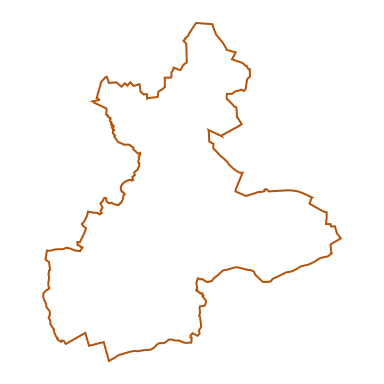 Īvandes pag., Kuldigas, Latvia (orthographic projection)
{"feature_id": "27541924B58037297238145", "entity_name": "Īvandes pag.", "entity_type": "district", "adm_level": 2, "iso_a3": "LVA", "parent_name": "Latvia", "parent_adm1": "Kuldigas", "projection": "orthographic", "projection_center": [21.775, 56.978], "detail": "fine", "context": "isolated", "style": "outline", "palette": "amber", "viewbox_px": 384, "rotation_deg": 0, "n_neighbors": 0, "source": "geoboundaries", "source_scale": "gbopen_adm2", "svg_char_len": 5931}
<svg xmlns="http://www.w3.org/2000/svg" viewBox="0 0 384 384"><path d="M49.8,250.8L47.0,250.5L45.5,259.5L48.3,261.7L49.0,262.0L49.9,268.4L50.3,269.6L49.0,270.6L48.5,275.3L49.2,276.8L48.5,282.0L48.3,282.7L48.5,286.5L49.4,288.1L48.9,288.9L46.6,290.1L45.2,291.3L43.6,293.2L43.3,294.5L43.2,297.1L44.3,300.1L46.1,304.0L46.3,306.1L46.5,306.8L47.0,307.9L49.3,310.6L49.9,312.3L50.0,312.8L49.7,314.2L49.9,314.8L49.9,315.2L49.7,315.7L48.9,316.5L48.7,317.8L48.8,318.4L49.5,319.0L49.9,319.5L50.4,321.9L50.2,323.4L50.3,323.8L51.4,325.9L54.1,329.5L53.6,330.0L53.8,330.9L54.0,331.1L54.3,332.4L56.0,336.4L56.6,337.4L57.5,337.8L57.7,338.1L57.6,338.6L57.3,339.0L57.6,339.6L60.1,341.0L61.1,341.9L61.9,340.5L64.1,341.1L64.4,341.9L65.7,344.0L85.3,332.9L89.0,345.8L103.7,342.1L109.0,361.0L115.4,357.3L118.3,355.3L128.7,352.1L133.9,350.9L137.8,351.2L144.4,350.1L149.8,349.8L150.7,349.6L152.4,348.7L154.0,347.6L154.8,346.9L156.7,344.7L158.7,343.5L159.8,343.1L163.9,343.1L166.4,341.7L168.2,340.1L169.4,339.5L171.9,339.6L175.4,340.6L178.9,340.5L182.4,342.0L185.1,342.9L187.3,342.9L189.7,342.5L191.1,342.7L191.6,341.0L191.4,339.6L191.7,337.8L191.5,337.5L190.9,337.6L190.5,337.5L190.5,335.8L190.5,335.5L191.1,334.7L192.0,334.0L192.5,333.2L197.7,335.8L199.7,333.4L198.9,330.8L201.3,326.5L201.1,325.8L200.1,317.3L199.1,315.6L200.1,313.0L199.6,307.9L199.8,306.5L204.6,305.7L205.9,302.7L205.9,300.8L205.4,299.9L202.5,296.3L203.4,295.5L203.1,295.1L202.5,294.6L202.4,294.3L201.8,294.0L201.7,293.8L201.9,293.5L200.9,293.6L200.5,293.0L199.9,293.2L199.6,292.7L199.0,292.2L198.5,292.0L198.3,291.6L197.9,291.6L197.2,290.8L196.8,290.8L196.7,290.3L196.3,290.3L196.4,289.6L197.2,289.4L196.4,282.4L197.8,278.3L198.7,278.5L199.5,279.2L200.8,279.3L201.0,279.1L201.6,279.3L201.9,279.1L202.6,279.1L202.8,279.3L202.8,279.5L203.6,279.7L203.7,280.0L204.4,280.3L204.4,280.6L204.8,280.9L207.3,282.1L211.7,281.0L212.7,279.8L213.6,278.4L217.7,275.3L222.9,270.5L227.4,269.6L233.5,267.8L236.1,267.3L237.1,267.2L248.2,270.0L249.4,270.1L249.7,269.9L253.3,271.1L254.3,272.4L255.1,274.6L262.8,281.9L267.3,282.0L268.9,281.6L269.9,281.8L270.7,281.3L272.2,279.5L273.3,278.5L277.7,276.6L286.2,272.3L289.6,271.9L293.9,270.5L297.1,268.7L300.5,266.5L304.3,265.5L307.6,264.9L310.7,263.6L315.6,261.1L318.7,258.9L319.9,258.3L323.2,257.3L327.9,256.4L331.8,253.3L331.3,252.9L330.5,244.4L340.8,238.4L338.0,234.6L337.1,233.8L334.9,226.3L331.1,226.5L330.9,226.3L330.5,224.1L326.0,224.0L326.7,217.1L326.6,212.1L324.6,211.8L322.4,211.0L309.5,203.7L311.5,198.0L312.3,197.6L304.3,193.8L300.9,192.4L297.5,191.3L295.1,190.9L290.7,190.4L287.6,190.3L268.9,191.4L266.1,189.0L264.4,189.9L264.7,190.9L262.5,191.8L257.7,192.1L256.0,192.9L245.9,196.0L235.5,191.4L235.5,190.7L236.0,188.7L237.8,184.4L242.5,172.8L241.4,173.0L238.8,172.3L236.4,170.9L233.8,169.0L230.4,166.0L228.7,164.3L228.1,162.9L225.5,160.2L223.1,157.9L221.7,157.0L220.0,155.5L217.5,152.6L213.2,148.2L213.5,143.8L209.3,141.7L209.1,138.4L208.8,130.9L208.5,130.0L221.7,136.2L221.5,135.9L222.1,135.2L237.5,126.8L241.7,124.2L237.6,117.6L236.9,117.1L236.7,110.5L236.2,107.1L234.3,106.6L233.0,104.9L228.1,100.0L227.0,99.2L226.6,97.4L226.9,93.9L231.8,93.9L235.1,91.5L240.7,90.0L241.3,89.6L241.6,89.9L243.8,91.0L245.5,89.4L247.0,80.1L247.8,78.3L249.5,77.0L250.0,76.4L249.8,71.1L249.7,71.0L249.8,70.9L249.9,69.3L248.1,68.7L246.7,65.8L245.5,65.7L242.6,63.0L232.0,59.3L235.7,52.4L226.6,49.9L225.6,47.4L222.5,42.3L217.8,36.7L216.1,34.6L213.4,27.6L212.4,24.2L196.1,23.0L194.7,24.9L188.8,34.0L188.4,35.6L185.7,37.9L185.2,38.6L185.4,38.7L183.5,40.9L186.3,43.7L186.8,62.5L184.5,63.9L182.5,66.2L181.2,69.0L180.2,70.2L173.5,67.6L173.3,69.2L172.9,70.4L171.5,72.3L171.4,72.7L171.5,75.8L171.2,77.5L170.0,77.7L164.8,77.7L164.9,87.0L162.1,89.4L158.4,91.6L157.7,97.0L148.1,98.1L147.6,98.3L147.2,98.6L146.8,94.0L143.7,94.5L140.6,91.7L139.6,84.3L139.5,84.2L133.7,85.9L133.4,85.8L130.4,82.3L127.6,85.2L127.5,85.6L124.9,83.3L121.4,86.7L116.6,82.4L108.8,82.9L108.8,82.5L107.0,77.1L106.0,76.8L101.3,81.7L96.7,98.0L97.2,98.1L99.2,99.6L99.2,99.8L99.0,100.0L92.9,101.3L93.5,101.5L93.6,102.3L93.8,102.5L104.7,107.7L105.6,107.9L106.0,108.3L106.7,109.7L106.2,114.7L107.0,114.9L108.0,115.5L108.1,115.8L107.8,116.2L107.8,116.5L108.3,116.4L109.7,118.0L110.4,118.0L110.7,118.5L110.6,119.0L109.8,119.9L109.7,120.2L110.8,121.7L111.4,121.9L111.4,122.2L110.9,122.7L111.2,123.5L111.4,123.6L111.2,124.4L111.3,124.8L111.3,125.1L111.6,125.5L112.3,124.8L112.2,124.6L112.4,124.5L113.1,125.4L112.5,125.3L112.3,126.1L112.9,126.2L113.4,126.0L113.6,126.2L113.4,127.0L113.2,127.2L112.7,127.1L112.3,127.5L112.3,127.8L112.9,127.9L113.0,128.0L112.8,128.3L112.5,128.3L113.7,129.6L113.3,129.6L112.9,130.0L112.9,130.4L113.6,130.4L113.6,130.6L113.1,131.3L112.8,133.0L115.0,135.5L114.3,136.7L118.3,142.2L123.2,144.1L123.5,144.5L125.6,144.8L126.2,144.6L128.7,144.6L129.4,145.0L129.8,145.0L130.0,145.4L131.0,145.8L131.3,146.3L133.5,147.8L133.2,149.2L137.6,153.2L138.6,153.5L140.0,152.9L140.0,153.7L140.2,153.9L139.2,154.7L139.6,155.4L139.6,156.0L138.7,157.0L139.0,158.7L138.3,161.4L138.3,161.7L138.7,162.9L139.0,163.6L139.3,163.5L139.2,165.8L137.5,169.7L134.2,172.2L134.8,175.2L132.4,176.9L133.1,180.2L131.8,180.5L131.6,180.0L130.6,179.8L129.4,179.9L127.9,180.6L127.2,180.6L123.7,182.7L121.4,185.5L121.0,187.4L120.7,187.8L121.0,190.0L121.9,191.8L122.5,191.6L124.0,193.3L124.7,194.4L123.7,194.9L123.3,196.6L122.7,199.5L121.7,201.7L120.5,203.3L120.2,203.1L118.5,205.0L115.0,204.6L111.3,202.7L110.8,203.1L108.8,203.1L106.9,201.7L106.3,200.3L106.2,198.2L104.2,197.9L102.5,201.4L100.4,203.3L102.5,207.6L100.5,210.8L101.8,213.0L99.4,214.5L97.9,213.0L95.8,212.7L94.5,212.8L92.3,212.5L88.0,211.6L86.9,216.2L84.0,221.8L81.9,224.0L83.3,226.1L86.1,228.2L84.3,233.1L82.3,237.3L79.8,242.3L77.3,242.0L77.7,245.3L78.5,245.2L79.5,245.6L81.0,247.1L82.1,247.0L82.5,247.7L80.0,251.1L74.6,250.4L70.5,248.6L66.8,247.8L66.0,247.9L63.4,249.0L62.6,249.2L58.9,249.2L55.2,249.4L49.8,250.8Z" fill="none" stroke="#b45309" stroke-width="2"/></svg>